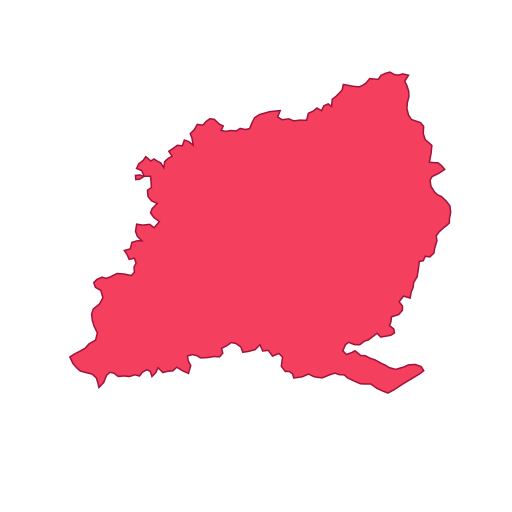 the district of Tamarana, Paraná, Brazil, rotated 170°
{"feature_id": "56859067B49132852367712", "entity_name": "Tamarana", "entity_type": "district", "adm_level": 2, "iso_a3": "BRA", "parent_name": "Brazil", "parent_adm1": "Paraná", "projection": "mercator", "projection_center": [-51.042, -23.816], "detail": "fine", "context": "isolated", "style": "filled", "palette": "rose", "viewbox_px": 512, "rotation_deg": 170, "n_neighbors": 0, "source": "geoboundaries", "source_scale": "gbopen_adm2", "svg_char_len": 3662}
<svg xmlns="http://www.w3.org/2000/svg" viewBox="0 0 512 512"><g transform="rotate(170 256 256)"><path d="M111.5,187.8L109.5,193.4L106.9,197.5L105.3,202.5L100.9,207.6L97.9,216.4L96.1,222.3L92.1,222.3L89.3,226.3L84.9,224.9L80.3,228.0L78.8,232.3L75.2,239.6L75.0,244.5L72.0,247.6L66.4,251.2L63.0,252.9L59.8,255.0L59.1,258.9L56.7,265.2L56.3,271.6L59.3,277.3L63.1,282.4L66.6,284.7L69.2,288.3L71.6,294.2L71.4,300.6L68.8,303.6L61.6,305.7L55.1,308.5L57.7,312.9L60.6,316.2L64.8,317.1L69.0,318.2L65.8,326.5L63.6,334.4L69.2,341.4L70.0,347.6L68.4,354.6L70.8,358.8L79.2,363.4L81.3,368.4L81.8,374.9L80.3,380.8L77.8,386.2L77.0,391.5L77.8,397.6L79.2,402.4L74.4,407.5L79.9,409.9L83.9,409.4L87.7,410.3L92.3,413.9L96.8,413.4L101.4,412.2L105.1,408.7L113.2,411.0L117.2,407.5L120.9,405.7L125.0,404.6L131.0,406.3L140.2,409.8L142.4,404.4L149.5,399.3L153.7,397.1L155.6,390.2L158.5,393.3L163.1,392.1L166.3,387.7L170.3,391.2L174.3,388.8L179.6,387.5L182.6,380.9L189.4,382.2L195.4,382.5L199.7,385.3L206.7,385.7L210.5,389.2L206.9,395.0L217.3,395.8L221.1,395.4L228.0,394.7L233.5,392.3L237.1,387.4L240.2,382.6L244.4,382.4L249.5,384.4L253.6,382.6L258.9,383.9L264.2,384.0L268.6,385.7L265.7,389.7L269.3,392.3L273.3,397.8L277.7,399.2L281.7,397.2L285.7,394.1L290.9,395.8L295.0,391.0L299.5,387.9L298.6,383.3L298.6,376.1L302.6,380.5L306.4,382.6L309.4,377.3L314.2,378.7L319.0,376.3L323.7,374.3L321.3,368.9L325.6,367.3L329.5,364.9L331.5,359.0L333.7,364.3L336.9,366.7L339.6,369.3L343.1,367.8L347.3,373.0L350.3,369.9L355.5,367.1L358.4,362.9L353.7,359.9L352.3,353.9L345.9,352.8L347.1,341.6L351.5,339.6L352.0,333.3L349.2,328.3L344.1,324.9L349.9,320.8L352.4,316.8L349.9,311.6L345.1,306.7L351.4,301.5L355.1,305.6L362.2,306.1L368.0,308.1L370.4,301.1L369.4,295.9L365.7,290.7L370.4,291.6L375.8,291.0L378.6,284.8L384.7,284.3L382.6,279.4L381.5,274.7L376.1,274.9L375.4,269.6L378.0,266.4L378.6,261.1L382.2,258.4L388.9,261.1L395.7,262.9L403.3,260.7L407.6,260.0L411.2,261.9L416.7,260.6L420.4,258.0L419.6,253.0L414.8,249.0L414.0,241.4L418.6,235.8L425.4,232.1L428.0,227.3L428.4,221.4L427.6,214.8L425.6,207.8L428.6,201.0L435.8,198.4L440.3,194.8L444.3,193.4L448.6,192.0L452.9,190.6L456.9,188.8L454.9,181.8L451.8,176.7L449.0,173.2L443.2,170.5L437.8,168.1L434.4,163.6L433.8,158.7L433.5,153.8L428.0,157.8L423.8,164.6L419.9,166.8L416.3,165.3L412.6,161.3L407.0,160.8L401.7,159.3L395.7,160.0L391.6,158.0L388.0,161.3L383.3,163.0L380.2,160.8L379.4,155.4L375.2,158.3L371.8,162.9L368.0,157.4L362.4,157.8L357.8,157.3L353.4,160.2L347.8,155.4L342.9,152.1L339.3,159.4L340.9,164.6L340.9,169.5L335.7,169.9L331.5,168.1L328.3,165.3L321.8,164.4L314.8,164.3L309.4,163.0L305.6,166.1L306.0,171.0L300.4,172.7L295.4,175.1L290.8,173.2L286.7,169.0L285.7,163.5L280.7,163.3L273.2,163.9L267.5,167.9L265.9,161.3L260.3,160.9L257.1,154.5L250.4,156.0L247.4,151.9L250.2,143.1L247.2,137.2L243.2,136.5L240.4,133.5L240.0,129.3L231.5,129.0L224.7,130.6L219.9,127.1L215.9,125.6L211.7,124.5L203.0,126.4L198.4,126.9L194.6,124.7L189.8,123.6L186.6,119.7L179.8,115.0L175.3,112.0L170.3,110.9L165.1,110.0L160.1,104.8L154.6,101.0L149.9,98.1L143.0,100.4L132.8,104.8L115.3,111.5L110.7,113.9L112.5,118.4L118.2,121.6L125.0,122.3L129.8,121.0L138.2,120.1L144.6,123.2L147.3,125.8L151.5,128.7L157.0,133.2L161.1,135.3L165.7,138.8L170.1,139.8L175.0,145.5L178.4,144.3L183.9,143.3L187.0,147.5L183.2,153.2L179.7,154.9L174.6,151.7L169.3,150.6L163.8,153.4L159.9,153.8L153.8,157.0L150.2,158.9L147.2,154.5L137.2,154.5L133.0,156.2L133.0,160.2L136.6,164.3L134.4,168.1L133.2,172.5L125.5,173.6L121.3,177.1L120.4,181.2L123.0,186.1L117.7,190.9L111.5,187.8ZM352.3,353.9L356.6,356.0L360.7,356.3L361.1,352.1L357.4,351.8L352.3,353.9Z" fill="#f43f5e" stroke="#9f1239" stroke-width="1.5"/></g></svg>